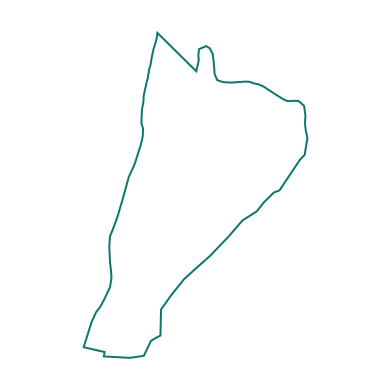 Kabong, Sarawak, Malaysia, rotated 356°
{"feature_id": "92858781B82406813204277", "entity_name": "Kabong", "entity_type": "district", "adm_level": 2, "iso_a3": "MYS", "parent_name": "Malaysia", "parent_adm1": "Sarawak", "projection": "equal_earth", "projection_center": [111.235, 1.885], "detail": "fine", "context": "isolated", "style": "outline", "palette": "teal", "viewbox_px": 384, "rotation_deg": 356, "n_neighbors": 0, "source": "geoboundaries", "source_scale": "gbopen_adm2", "svg_char_len": 1220}
<svg xmlns="http://www.w3.org/2000/svg" viewBox="0 0 384 384"><g transform="rotate(356 192 192)"><path d="M150.5,333.0L152.9,307.1L163.6,294.0L178.0,278.4L190.7,268.4L205.8,256.8L216.7,246.8L225.1,239.3L240.2,224.0L255.5,215.6L262.9,207.4L273.8,198.1L279.4,196.5L285.4,188.7L301.9,167.4L307.0,162.8L310.9,146.1L309.8,138.8L309.5,132.0L310.5,123.2L309.8,113.9L304.7,108.6L300.0,108.1L293.9,108.1L289.9,106.1L281.9,100.3L270.3,91.5L265.2,89.0L261.2,88.0L257.2,86.1L252.9,85.6L243.8,85.6L238.8,85.6L230.8,84.6L225.0,82.2L222.8,75.8L222.8,67.5L222.4,56.3L219.9,50.0L216.3,47.5L209.0,50.0L207.9,55.8L207.9,61.2L204.7,71.9L168.6,30.9L167.3,36.9L165.7,41.5L164.1,45.3L162.7,49.7L161.3,54.7L159.4,62.5L157.8,66.8L156.9,70.9L155.9,75.0L154.3,79.7L150.4,93.1L149.9,98.4L148.0,105.6L146.9,113.7L146.4,120.6L147.6,125.3L146.9,131.8L145.7,137.1L143.6,142.8L137.1,159.3L134.6,164.3L130.2,172.1L128.5,176.8L122.0,195.3L115.5,212.5L110.4,223.8L107.1,230.6L105.7,240.4L105.3,255.0L105.7,264.8L105.7,272.1L103.5,281.4L100.2,287.2L96.6,293.6L92.6,299.9L87.9,305.3L82.8,314.6L73.1,339.3L93.7,345.6L92.6,349.9L118.3,353.1L132.5,352.1L137.1,344.0L140.6,337.7L145.3,335.2L150.5,333.0Z" fill="none" stroke="#0f766e" stroke-width="2"/></g></svg>